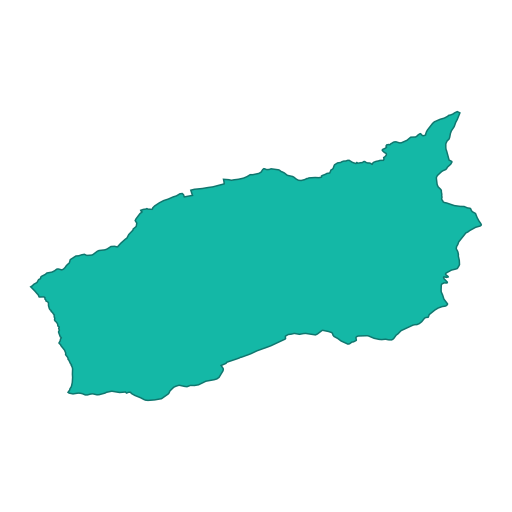 outline of Titesti, Vâlcea, Romania
{"feature_id": "2599482B31663293500229", "entity_name": "Titesti", "entity_type": "district", "adm_level": 2, "iso_a3": "ROU", "parent_name": "Romania", "parent_adm1": "Vâlcea", "projection": "robinson", "projection_center": [24.419, 45.417], "detail": "fine", "context": "isolated", "style": "filled", "palette": "teal", "viewbox_px": 512, "rotation_deg": 0, "n_neighbors": 0, "source": "geoboundaries", "source_scale": "gbopen_adm2", "svg_char_len": 6021}
<svg xmlns="http://www.w3.org/2000/svg" viewBox="0 0 512 512"><path d="M459.9,112.9L457.3,111.6L454.7,112.8L452.8,114.1L450.5,115.0L448.6,115.4L447.7,116.3L444.3,118.1L440.1,119.3L434.4,121.8L432.6,123.4L427.6,129.8L426.5,131.7L425.7,134.0L425.6,134.9L425.4,135.1L423.6,135.7L422.9,135.7L422.2,135.4L420.6,133.7L420.1,133.7L418.2,134.8L417.4,135.7L415.6,137.0L410.7,137.2L407.0,140.3L401.3,142.8L399.6,142.9L395.9,141.8L394.6,141.9L393.4,142.2L392.1,143.1L391.0,143.6L390.0,144.7L388.7,144.5L386.7,144.9L386.0,146.1L386.4,146.6L386.5,147.3L385.2,148.3L382.7,149.4L382.3,149.9L382.3,150.5L383.0,151.2L384.4,152.5L386.1,153.4L386.4,154.0L386.2,155.3L385.7,155.9L384.5,157.1L383.7,157.5L384.0,159.2L383.4,160.3L379.9,160.4L378.6,160.9L376.0,161.4L373.5,162.4L372.8,163.1L372.2,164.3L371.6,164.2L370.9,163.5L370.1,163.2L368.9,162.9L368.0,163.1L365.9,162.4L364.9,161.6L364.5,161.5L363.7,161.6L362.3,162.6L360.7,162.7L358.7,163.1L357.4,163.2L357.1,162.6L356.7,162.5L355.9,163.5L355.6,163.5L352.3,162.3L349.1,160.3L347.4,160.4L346.0,161.0L343.8,161.1L342.1,161.6L340.6,162.5L337.6,162.9L334.7,164.7L334.3,165.2L333.1,168.5L332.4,169.2L331.0,170.0L329.8,172.9L329.4,173.1L327.0,173.4L325.2,174.4L322.3,175.5L321.5,176.0L321.6,176.8L321.1,177.3L318.7,177.7L315.2,177.5L309.0,177.9L307.8,178.5L306.9,178.5L304.7,179.6L301.2,180.5L298.5,180.3L296.4,179.2L293.9,177.2L292.6,176.5L287.3,175.3L284.4,173.0L282.5,172.0L281.1,171.5L279.3,170.1L278.4,169.8L271.1,168.8L269.5,169.4L267.7,169.6L266.2,169.5L264.7,168.8L263.8,168.7L262.7,169.6L261.1,172.1L258.9,173.4L252.8,174.7L250.2,174.7L246.9,176.7L243.6,178.1L238.3,179.3L234.0,179.8L231.4,180.3L228.8,179.7L223.5,179.3L224.0,181.7L224.2,183.7L224.1,183.9L212.7,186.9L208.2,187.5L202.4,188.5L194.3,189.3L190.8,190.2L192.5,195.4L184.3,196.9L183.5,194.7L182.2,193.5L179.9,193.8L176.4,195.9L173.2,196.9L168.2,199.1L163.6,200.6L159.4,202.8L154.7,205.9L152.8,207.8L152.5,208.9L152.1,209.3L148.0,209.2L146.9,208.6L145.8,209.1L143.3,209.4L140.7,210.3L141.0,211.0L141.9,211.6L142.0,212.0L139.9,213.7L136.0,218.9L135.2,220.6L136.8,223.1L136.2,226.5L133.2,229.0L132.9,230.2L128.8,234.5L126.9,238.1L125.3,239.2L120.7,243.3L117.9,246.4L117.7,246.8L117.0,246.9L114.6,246.3L111.0,246.5L107.3,248.9L105.9,249.5L104.6,249.9L99.1,250.5L97.4,251.2L92.9,254.6L91.6,255.1L87.5,255.4L86.4,255.3L84.4,254.3L81.7,254.8L78.7,255.8L75.9,256.0L70.3,259.6L69.4,262.7L69.0,263.3L67.8,264.2L66.3,265.7L65.1,267.5L63.4,269.2L61.7,269.9L58.5,269.0L57.1,269.0L56.1,269.6L54.9,270.6L52.0,272.1L46.9,273.0L45.3,274.4L41.6,276.3L40.7,277.2L40.6,278.4L40.4,278.7L38.6,279.6L37.0,282.5L33.8,284.3L32.3,285.8L30.7,286.8L35.1,291.3L37.2,293.8L38.0,294.5L39.2,297.0L43.7,296.9L44.7,297.4L45.0,297.8L44.9,299.0L45.8,299.9L46.0,301.0L47.4,301.7L48.4,302.6L48.5,305.8L49.4,308.8L50.1,309.8L51.1,310.5L51.2,311.5L52.5,312.5L53.4,314.0L54.0,314.5L54.3,315.0L54.1,315.7L54.3,317.2L54.8,318.1L54.5,319.9L55.3,321.2L56.1,321.8L57.2,323.3L57.6,324.0L57.9,326.0L59.2,327.0L59.2,327.5L58.7,328.2L58.7,328.7L59.4,330.1L58.6,331.6L58.6,332.3L60.3,336.9L61.1,337.4L61.3,337.8L60.5,339.1L60.1,341.0L59.0,342.9L59.1,343.3L60.7,344.8L60.9,345.6L64.5,350.1L65.7,353.0L65.6,354.7L67.6,357.3L68.1,358.6L68.1,359.4L68.9,360.2L70.5,363.7L71.4,364.6L71.2,365.2L72.1,366.8L72.6,368.8L72.4,374.2L72.6,377.4L72.3,382.4L71.6,385.7L71.1,387.1L70.0,388.7L69.7,390.0L68.0,392.3L69.1,393.1L73.0,393.9L78.1,393.1L80.1,393.2L82.4,393.7L85.2,394.9L87.5,394.9L90.4,394.1L92.7,393.8L96.9,394.8L99.0,394.7L105.0,393.1L106.5,392.3L111.8,391.2L119.7,392.5L125.5,392.0L126.3,392.9L126.6,393.1L128.4,392.3L130.2,392.2L130.7,392.4L131.3,393.4L134.8,395.4L140.7,397.8L143.7,399.4L145.4,400.1L148.0,400.4L154.6,399.9L161.5,398.7L168.3,393.9L169.0,393.0L169.9,391.0L171.9,389.0L173.8,387.2L175.7,386.3L178.4,385.4L179.6,385.3L184.6,386.4L187.0,386.7L190.4,385.4L194.4,385.5L198.5,384.8L205.9,381.2L214.2,379.7L216.9,378.9L219.0,377.4L223.0,370.8L223.3,369.3L223.1,368.4L221.1,365.5L225.9,363.4L226.9,362.2L237.0,358.8L239.7,357.8L240.3,357.3L241.4,357.2L250.7,353.8L257.0,350.8L270.8,345.8L277.4,342.7L285.1,339.1L285.6,338.3L285.3,337.1L285.5,336.1L288.2,334.5L291.4,334.1L294.3,333.4L299.5,334.3L303.2,333.6L305.6,333.4L315.5,334.9L317.4,334.0L322.0,330.5L322.7,330.3L328.5,331.5L331.5,332.5L332.4,333.3L333.1,335.3L334.1,336.5L337.8,338.5L341.1,341.0L347.9,344.1L349.5,343.8L351.9,342.1L353.6,341.8L355.9,340.6L356.3,340.3L356.3,339.7L355.9,337.8L356.0,337.4L356.7,336.6L358.3,336.0L367.1,335.7L368.4,335.9L374.1,338.3L379.2,339.4L381.7,339.6L385.6,339.2L388.4,339.8L391.4,339.9L392.7,339.4L393.8,338.4L396.2,335.1L398.0,333.8L400.8,330.9L401.6,330.4L413.0,325.1L414.7,324.7L416.9,324.6L419.3,323.6L421.7,321.7L424.6,318.1L425.9,317.5L427.9,317.3L428.3,317.1L429.2,314.6L434.9,310.0L438.2,308.0L442.1,306.6L445.3,306.1L446.2,305.7L447.4,304.6L447.5,303.8L443.9,299.1L442.6,295.0L441.2,291.8L441.1,289.5L441.3,285.0L442.0,283.9L444.1,282.9L446.6,283.0L447.3,282.7L447.3,282.1L443.9,278.6L443.6,277.4L443.7,277.0L444.0,276.8L446.6,277.4L448.2,276.9L448.1,276.5L446.2,275.0L445.6,274.3L445.6,273.8L446.2,273.0L451.4,270.1L455.5,269.1L457.1,268.6L457.5,268.2L458.8,266.1L459.5,264.6L459.3,260.4L458.3,256.0L458.4,254.6L458.0,252.5L457.6,251.3L456.2,248.7L456.6,246.5L457.8,244.5L458.7,241.9L465.9,232.9L467.8,232.0L469.8,230.5L475.6,227.3L480.2,226.0L481.0,225.4L481.3,224.8L480.8,223.6L478.9,220.9L477.1,217.6L475.5,213.5L472.2,211.6L471.3,210.4L470.8,209.0L470.1,208.3L467.4,207.9L464.1,206.5L460.3,206.4L454.4,205.6L446.7,203.0L444.3,202.5L443.2,201.9L442.6,200.6L441.8,199.6L441.6,198.9L442.0,197.1L441.7,195.9L441.8,194.2L441.4,192.0L441.3,190.3L440.7,189.4L438.1,186.8L437.1,184.4L436.4,178.6L436.4,177.5L436.9,176.3L437.8,175.1L441.7,171.5L443.2,170.6L445.8,169.5L446.6,168.6L447.5,167.1L450.7,164.2L451.9,162.1L451.9,161.7L451.7,161.4L449.1,160.1L446.6,150.9L446.0,149.4L445.8,147.4L445.8,143.8L447.0,141.1L449.1,139.0L449.7,137.2L450.4,133.5L451.4,130.8L454.2,126.6L455.7,122.4L457.2,119.6L459.9,112.9Z" fill="#14b8a6" stroke="#0f766e" stroke-width="1.5"/></svg>